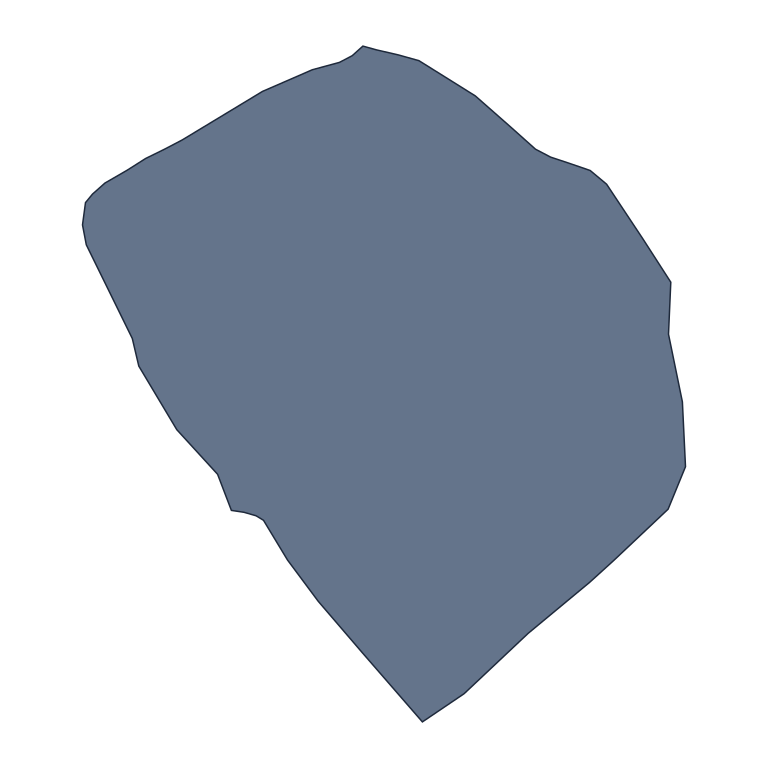 La Esperanza, Quezaltenango, Guatemala (orthographic projection)
{"feature_id": "79465075B77884380500547", "entity_name": "La Esperanza", "entity_type": "district", "adm_level": 2, "iso_a3": "GTM", "parent_name": "Guatemala", "parent_adm1": "Quezaltenango", "projection": "orthographic", "projection_center": [-91.579, 14.877], "detail": "fine", "context": "isolated", "style": "filled", "palette": "slate", "viewbox_px": 768, "rotation_deg": 0, "n_neighbors": 0, "source": "geoboundaries", "source_scale": "gbopen_adm2", "svg_char_len": 683}
<svg xmlns="http://www.w3.org/2000/svg" viewBox="0 0 768 768"><path d="M670.8,282.2L643.1,239.2L606.6,184.2L590.2,170.5L568.4,163.0L550.6,157.1L535.5,149.2L511.0,127.3L475.3,95.9L419.0,60.7L398.7,55.0L376.2,49.8L362.9,46.1L352.2,55.7L339.4,62.4L312.4,69.7L262.5,91.4L182.1,140.0L164.5,149.2L145.6,158.5L127.0,170.3L105.0,183.0L92.5,194.1L85.5,202.6L82.5,224.9L86.3,244.8L132.3,338.5L138.8,366.1L176.8,429.7L217.6,474.3L231.4,510.4L244.0,512.3L256.1,515.8L263.5,520.3L287.5,560.0L318.3,601.4L362.3,652.7L422.4,721.9L464.1,693.7L528.1,633.4L589.8,582.2L613.7,560.5L668.1,509.2L685.5,466.7L682.4,401.9L668.5,334.2L670.8,282.2Z" fill="#64748b" stroke="#1e293b" stroke-width="1.5"/></svg>